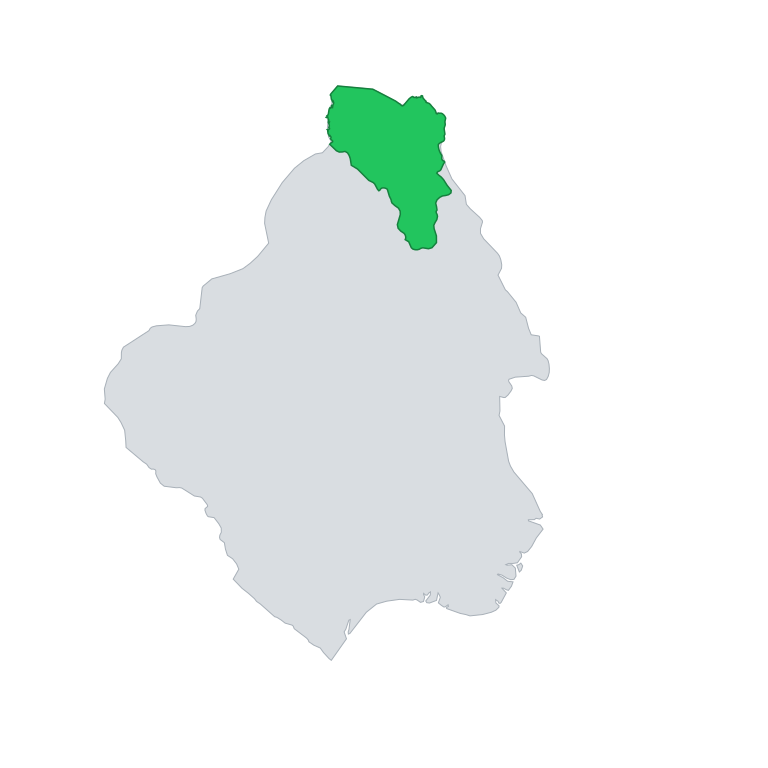 Nigeria, with Borno highlighted, rotated 308°
{"feature_id": "NGA-2839", "entity_name": "Borno", "entity_type": "State", "adm_level": 1, "iso_a3": "NGA", "parent_name": "Nigeria", "parent_adm1": "", "projection": "robinson", "projection_center": [13.296, 11.875], "detail": "fine", "context": "in_parent", "style": "filled", "palette": "green", "viewbox_px": 768, "rotation_deg": 308, "n_neighbors": 0, "source": "natural_earth", "source_scale": "10m", "svg_char_len": 7158}
<svg xmlns="http://www.w3.org/2000/svg" viewBox="0 0 768 768"><g transform="rotate(308 384 384)"><path d="M590.3,164.0L609.4,193.7L613.4,215.9L615.0,226.7L618.1,228.0L624.0,228.6L628.4,230.8L630.9,234.4L632.6,237.8L632.9,239.8L631.7,253.1L630.2,257.9L631.0,264.4L630.8,267.2L630.1,269.1L627.5,271.3L623.8,273.4L615.2,279.8L612.7,280.7L609.1,280.9L606.0,282.4L602.3,285.9L594.2,298.5L587.4,311.3L582.3,331.9L576.3,338.3L575.2,344.0L574.2,356.9L573.3,360.8L572.3,361.9L565.8,364.4L562.1,367.3L559.8,373.1L556.9,393.0L555.9,396.2L553.7,399.7L550.4,403.4L547.5,405.4L540.0,406.8L532.9,421.7L532.8,424.3L529.7,437.8L524.2,448.0L523.8,454.6L516.9,463.6L513.4,469.7L517.0,476.1L517.3,477.1L505.5,487.9L504.8,489.5L504.3,497.0L503.4,499.0L501.2,501.8L498.0,504.8L494.8,507.1L491.1,508.7L487.6,509.3L485.7,508.4L484.5,506.1L482.6,497.0L481.6,495.0L479.3,493.3L470.2,483.2L464.7,479.6L463.6,479.9L462.7,480.9L461.1,485.9L459.5,487.8L456.6,488.4L451.6,488.5L448.0,487.8L447.1,486.8L445.4,482.8L434.1,492.0L430.1,494.0L425.1,504.9L418.0,510.3L413.0,515.0L399.9,529.7L397.2,534.1L394.6,540.6L388.9,568.3L379.8,585.6L378.6,589.3L378.1,589.2L376.9,590.8L373.4,589.8L371.8,586.5L369.7,586.0L365.9,581.3L365.1,582.1L369.1,594.0L367.6,598.7L356.5,598.8L346.9,600.4L340.4,600.3L337.1,598.6L335.6,594.1L335.1,594.5L334.7,596.9L332.6,598.8L325.3,599.2L322.0,596.1L319.4,592.7L316.6,591.2L317.0,592.6L320.3,596.0L319.8,600.8L313.9,606.3L310.1,606.7L307.8,604.3L306.6,600.3L306.0,594.6L304.5,590.8L303.6,590.8L304.7,597.1L304.7,602.9L307.5,607.5L303.2,608.9L298.0,609.1L297.3,607.4L296.6,603.6L295.7,602.6L294.7,609.0L284.0,610.8L282.5,610.5L282.1,609.3L283.0,607.6L282.8,604.7L280.4,606.9L280.0,611.3L278.7,612.0L274.6,611.4L270.2,609.1L263.0,603.6L254.2,594.5L252.7,590.4L250.2,585.4L245.6,571.6L246.5,570.9L248.5,571.7L249.5,570.4L245.9,569.4L245.1,568.4L244.9,565.4L245.0,561.6L250.6,559.7L251.9,557.4L252.7,555.2L245.8,558.6L239.4,554.7L238.0,552.3L238.7,550.5L246.2,550.4L248.8,548.6L247.2,548.0L244.4,548.1L243.3,546.9L243.4,544.1L242.5,544.7L241.3,547.2L236.9,549.0L234.4,547.2L234.2,543.1L233.6,541.2L231.5,539.8L223.9,528.9L214.5,519.8L206.0,513.6L193.2,510.6L166.5,510.7L165.0,509.9L166.6,508.4L169.0,507.5L177.6,502.4L176.2,501.7L167.2,504.9L164.1,505.2L160.1,511.3L133.8,512.6L133.8,509.8L135.1,501.8L136.7,496.3L135.0,489.6L134.6,483.6L135.7,481.7L136.1,479.4L135.9,463.9L137.3,461.6L137.4,460.0L134.7,453.3L134.7,448.3L134.2,443.3L133.3,441.1L134.5,422.1L134.2,417.4L135.1,414.1L135.6,405.9L135.6,397.9L137.4,385.3L148.7,383.6L151.5,378.6L153.1,372.3L152.6,366.1L156.3,360.7L160.7,355.9L160.6,350.6L161.8,348.9L163.9,347.7L167.0,347.1L170.3,344.4L172.2,339.8L174.1,332.4L171.3,327.3L171.3,326.1L172.5,323.4L174.3,320.6L175.7,319.7L178.9,320.4L180.0,319.3L182.2,311.2L182.0,309.0L179.0,303.5L177.5,288.7L176.6,286.8L174.3,284.1L168.1,273.7L168.2,268.8L170.9,262.5L172.7,259.4L175.1,257.7L175.6,256.3L174.9,254.5L173.7,253.2L173.5,250.3L174.7,246.4L174.4,242.1L175.2,219.8L180.3,215.4L187.9,208.1L191.7,200.6L193.8,194.8L196.5,175.7L200.4,173.6L207.9,166.7L218.1,162.6L224.7,161.3L236.3,162.1L242.1,161.5L247.1,157.7L249.4,156.6L252.6,156.0L281.3,165.9L284.0,165.5L286.1,166.1L289.7,168.8L298.1,178.0L307.0,192.3L309.7,195.4L312.5,197.1L315.3,197.7L317.5,197.4L319.5,196.1L322.3,193.3L326.6,192.1L330.0,192.4L348.0,181.4L349.8,181.2L360.8,183.6L375.8,194.6L388.0,201.8L396.6,204.2L406.8,205.9L424.0,206.4L437.1,191.0L442.0,187.6L447.8,184.6L459.9,181.8L480.1,179.8L498.9,180.6L510.6,183.3L523.0,188.3L528.3,193.1L536.7,193.9L542.7,193.0L544.6,188.2L550.7,181.9L559.7,176.1L567.1,172.0L573.1,170.2L578.5,165.6L582.8,164.1L590.3,164.0ZM326.0,605.3L321.9,606.8L319.2,606.4L322.9,600.2L324.7,601.5L327.1,602.1L326.0,605.3Z" fill="#d9dde1" stroke="#a8b0b8" stroke-width="1"/><path d="M590.3,164.0L599.9,178.9L609.4,193.7L611.8,206.4L614.1,219.0L614.2,222.7L614.2,222.9L614.4,223.7L614.4,224.6L614.2,226.1L614.2,226.6L614.6,227.4L615.1,227.7L615.8,227.9L624.4,228.2L627.0,228.9L628.2,229.6L628.3,230.1L628.1,230.8L628.2,231.2L628.5,231.6L629.7,232.6L630.2,232.8L630.2,233.2L629.6,233.5L630.4,234.2L631.3,234.7L631.9,235.3L632.2,236.3L632.4,236.5L633.0,236.3L633.5,235.9L633.9,235.8L634.4,236.1L634.6,236.5L634.7,237.0L633.9,237.9L633.8,238.2L633.5,238.5L633.3,239.1L632.6,242.5L632.7,243.0L631.9,243.5L632.0,244.4L632.8,246.5L632.9,247.0L632.9,247.4L632.7,248.9L632.3,250.4L631.4,255.3L631.1,256.1L629.5,258.4L629.3,258.8L629.4,259.2L629.8,259.8L630.0,259.8L630.7,259.8L631.0,260.0L631.2,260.3L631.3,260.7L631.5,261.0L632.2,261.8L632.7,262.6L632.9,263.5L632.9,264.7L632.8,265.7L632.5,266.9L632.0,268.0L631.5,268.9L630.8,269.3L628.7,270.2L627.8,270.8L626.3,272.4L625.4,272.9L622.9,273.8L622.1,274.3L618.4,278.2L618.1,278.3L617.0,278.5L616.4,278.7L615.3,280.0L614.6,280.7L613.7,281.2L612.7,281.4L611.9,281.3L608.9,279.9L607.3,279.4L606.0,279.4L604.4,280.8L602.8,282.6L601.5,284.6L600.5,286.6L599.8,288.5L599.3,289.2L597.7,290.3L597.0,290.9L596.5,291.7L596.3,292.7L596.6,294.5L596.3,295.2L593.9,295.4L587.8,296.9L586.4,296.7L585.1,296.1L584.6,295.7L584.1,295.6L582.6,295.8L582.3,298.5L582.3,301.8L581.7,305.1L579.4,311.5L577.9,317.8L575.8,319.1L573.0,318.4L570.6,316.6L568.2,314.3L565.4,313.0L561.8,312.4L558.4,313.3L556.1,316.2L553.7,318.7L552.1,318.8L551.1,319.7L550.3,321.4L549.1,322.9L546.1,324.4L542.8,324.8L539.7,325.5L537.3,327.8L533.0,334.1L527.7,338.3L520.9,337.9L518.0,335.8L515.2,330.7L513.6,329.5L511.8,328.8L510.2,327.5L508.9,325.7L508.1,323.7L508.2,321.6L511.3,315.9L510.8,311.8L512.4,311.3L513.7,310.1L514.6,308.7L515.1,307.1L514.8,303.1L515.4,299.3L517.8,296.4L527.6,292.5L530.2,290.3L531.5,287.0L531.3,283.0L531.5,279.0L532.4,277.4L533.6,276.1L535.3,272.6L539.5,266.7L539.3,265.0L538.6,263.3L537.3,261.8L535.6,261.2L534.2,261.4L533.1,261.0L533.4,259.1L535.9,253.5L536.1,251.5L535.1,246.7L537.1,230.7L536.2,223.6L540.8,218.7L542.6,215.9L543.7,213.0L543.3,210.1L541.1,208.2L539.2,205.9L538.5,202.9L539.5,193.8L539.5,193.7L540.6,193.8L541.6,193.9L542.4,194.2L543.1,194.4L543.7,194.1L543.9,193.5L544.2,191.0L544.4,190.8L545.3,190.6L545.7,190.5L546.0,190.1L546.2,189.6L546.5,188.5L545.8,188.3L546.1,187.6L546.6,186.7L546.8,185.9L548.3,184.3L548.5,184.1L548.6,184.4L548.9,184.3L549.2,184.1L549.5,183.7L549.6,182.7L550.1,183.1L550.4,183.5L550.9,183.8L551.5,184.0L551.9,183.7L552.1,182.6L552.6,182.4L553.6,182.1L554.3,181.5L555.3,180.1L555.6,179.3L555.8,179.1L556.0,179.3L556.3,179.6L556.4,179.8L556.9,179.7L556.7,179.2L556.5,178.6L557.2,178.2L557.3,178.1L557.5,178.1L557.8,178.1L558.0,178.0L557.9,177.6L559.1,176.0L559.6,175.5L559.4,175.1L559.1,174.9L558.8,174.7L558.5,174.6L558.5,174.2L559.1,174.4L559.7,174.7L560.0,174.6L560.2,173.9L561.4,174.2L562.5,173.9L566.3,171.8L567.3,171.4L568.5,171.3L568.5,171.6L568.3,172.0L568.7,172.2L569.5,172.2L570.2,171.9L570.2,172.1L570.2,172.6L570.5,172.3L570.8,171.5L571.0,171.3L571.5,171.4L571.5,171.7L571.5,172.2L571.3,172.6L572.4,172.0L573.5,171.8L574.5,171.4L575.3,170.3L574.7,170.2L575.0,169.3L575.2,169.2L575.5,169.3L575.8,169.2L575.9,168.8L575.8,168.6L575.6,168.2L575.8,167.6L576.1,167.1L577.8,165.4L578.4,164.9L578.4,164.1L578.8,163.7L580.0,163.5L590.3,164.0Z" fill="#22c55e" stroke="#15803d" stroke-width="1.5"/></g></svg>